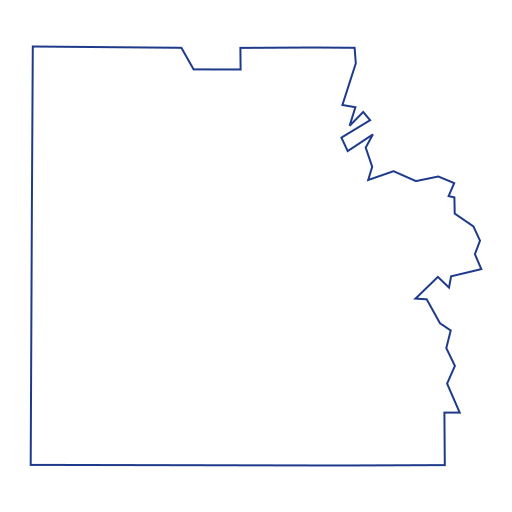 outline of Caldwell, Louisiana, United States of America
{"feature_id": "52423323B84817986944382", "entity_name": "Caldwell", "entity_type": "district", "adm_level": 2, "iso_a3": "USA", "parent_name": "United States of America", "parent_adm1": "Louisiana", "projection": "orthographic", "projection_center": [-91.986, 32.102], "detail": "fine", "context": "isolated", "style": "outline", "palette": "blue", "viewbox_px": 512, "rotation_deg": 0, "n_neighbors": 0, "source": "geoboundaries", "source_scale": "gbopen_adm2", "svg_char_len": 679}
<svg xmlns="http://www.w3.org/2000/svg" viewBox="0 0 512 512"><path d="M31.9,203.5L30.7,464.9L342.3,465.5L444.8,465.1L444.4,412.6L459.7,412.6L447.1,383.6L454.9,365.9L446.3,348.1L450.7,330.5L440.0,323.3L426.7,299.3L415.5,298.6L437.9,276.9L449.0,287.6L451.1,276.3L481.3,269.1L474.9,254.2L480.0,240.7L473.4,226.4L454.7,213.6L454.4,197.4L448.6,196.1L454.2,183.1L438.3,176.5L415.9,181.1L393.5,171.2L368.2,180.0L372.2,166.8L365.7,147.6L372.9,134.4L347.7,151.1L341.4,137.6L370.1,120.2L363.2,112.0L349.6,125.8L355.4,107.2L342.4,105.0L355.8,63.4L354.6,47.8L313.1,47.5L240.4,47.9L240.6,69.5L193.6,69.4L181.4,47.8L32.8,46.5L31.9,203.5Z" fill="none" stroke="#1e3a8a" stroke-width="2"/></svg>